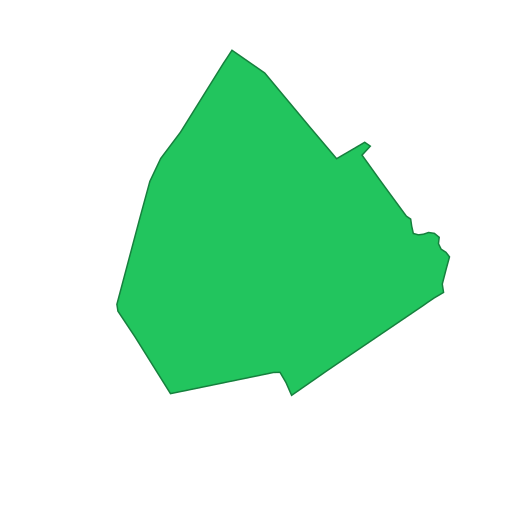 the district of Ielmo Marinho, Rio Grande do Norte, Brazil, rotated 44°
{"feature_id": "56859067B90563935489719", "entity_name": "Ielmo Marinho", "entity_type": "district", "adm_level": 2, "iso_a3": "BRA", "parent_name": "Brazil", "parent_adm1": "Rio Grande do Norte", "projection": "natural_earth1", "projection_center": [-35.525, -5.792], "detail": "fine", "context": "isolated", "style": "filled", "palette": "green", "viewbox_px": 512, "rotation_deg": 44, "n_neighbors": 0, "source": "geoboundaries", "source_scale": "gbopen_adm2", "svg_char_len": 716}
<svg xmlns="http://www.w3.org/2000/svg" viewBox="0 0 512 512"><g transform="rotate(44 256 256)"><path d="M95.8,124.7L97.7,134.4L98.6,139.5L115.7,219.5L119.7,252.0L127.8,276.0L146.0,309.2L189.5,387.4L195.0,391.6L225.1,398.2L290.1,414.4L349.5,327.6L354.1,323.0L365.5,326.2L378.4,331.5L386.8,289.0L388.9,278.9L409.0,183.4L410.7,175.4L411.6,170.5L413.3,162.4L416.2,151.9L409.5,146.8L401.6,132.8L395.8,122.2L390.1,121.4L384.4,122.5L378.7,120.4L374.8,115.3L368.6,115.8L363.8,119.2L361.4,123.9L358.1,128.0L353.5,130.5L347.3,126.4L341.6,122.0L336.5,122.9L305.4,117.6L290.6,115.0L262.2,109.8L261.9,97.6L255.2,98.7L246.4,130.0L204.5,125.8L135.2,118.3L95.8,124.7Z" fill="#22c55e" stroke="#15803d" stroke-width="1.5"/></g></svg>